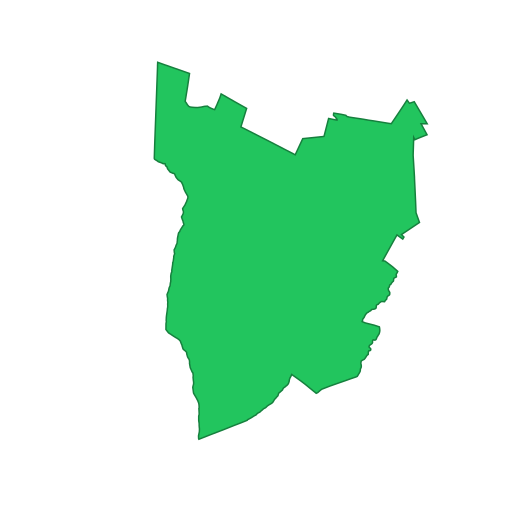 the district of Endebess, Rift Valley, Kenya, rotated 286°
{"feature_id": "3690345B22392033475621", "entity_name": "Endebess", "entity_type": "district", "adm_level": 2, "iso_a3": "KEN", "parent_name": "Kenya", "parent_adm1": "Rift Valley", "projection": "albers", "projection_center": [34.736, 1.146], "detail": "fine", "context": "isolated", "style": "filled", "palette": "green", "viewbox_px": 512, "rotation_deg": 286, "n_neighbors": 0, "source": "geoboundaries", "source_scale": "gbopen_adm2", "svg_char_len": 6003}
<svg xmlns="http://www.w3.org/2000/svg" viewBox="0 0 512 512"><g transform="rotate(286 256 256)"><path d="M413.1,141.8L414.3,121.4L414.5,118.5L414.6,116.0L415.1,108.1L411.7,108.9L410.7,109.2L403.5,111.0L335.6,127.8L321.8,131.3L321.1,131.8L320.4,134.1L320.2,135.0L319.7,136.0L319.5,139.4L319.3,140.5L319.1,141.4L319.5,142.2L319.6,143.3L318.5,143.7L317.5,144.8L317.2,145.7L316.5,146.3L315.5,146.9L313.0,150.3L312.6,153.5L312.7,154.6L312.2,155.4L311.3,156.0L309.5,157.6L307.8,160.1L307.1,162.4L306.7,163.4L306.3,164.3L305.5,164.8L304.7,165.6L303.8,166.3L302.9,166.9L302.1,167.5L301.4,167.8L300.3,168.5L297.6,170.9L297.0,171.6L296.3,172.3L295.6,173.0L295.1,173.6L294.1,174.3L292.7,174.5L291.7,174.4L290.5,174.3L289.5,174.3L288.2,174.1L287.3,173.9L286.2,173.8L285.2,173.6L281.4,172.4L280.1,173.0L279.4,173.6L278.6,174.0L277.5,174.3L276.1,174.3L273.0,173.6L270.4,175.4L269.5,176.2L268.4,176.7L267.4,177.4L266.5,178.0L265.6,178.0L264.8,177.4L263.2,177.0L261.9,176.6L260.6,176.2L259.4,176.0L258.3,175.9L257.4,175.4L256.6,175.2L251.5,175.6L250.1,175.9L248.9,176.2L248.0,176.3L247.2,176.5L246.0,176.6L244.8,176.3L243.5,176.2L242.5,176.2L241.2,176.0L239.3,175.6L236.5,176.7L235.8,177.2L234.7,177.1L233.0,177.0L232.1,177.3L228.7,177.8L227.4,177.9L226.5,177.8L225.5,178.1L224.2,178.3L218.9,179.0L217.9,179.4L217.0,179.4L216.2,179.2L213.6,179.5L212.7,179.7L211.2,180.2L210.0,180.6L208.9,180.8L207.9,181.1L206.8,181.1L205.2,181.3L204.1,181.6L203.1,181.5L201.8,181.3L200.8,181.3L199.6,181.4L198.7,181.5L197.8,181.5L196.4,181.3L194.4,181.1L192.1,182.1L191.2,182.6L190.3,182.9L189.4,183.1L188.5,183.4L187.7,183.8L186.7,184.1L185.5,184.3L184.6,184.6L183.7,184.9L182.4,185.2L181.1,185.3L180.1,185.5L179.1,185.7L174.0,186.4L172.3,186.7L171.1,187.0L169.4,187.4L167.9,188.0L166.9,188.0L165.9,188.2L160.5,189.7L158.0,193.1L157.7,194.1L157.3,195.6L156.9,196.7L155.9,199.9L155.4,201.7L155.2,202.7L154.9,203.6L154.5,204.7L154.1,205.5L153.7,206.2L153.1,206.9L152.4,207.4L150.9,208.5L150.2,209.2L149.1,209.8L146.5,211.5L145.9,212.6L145.4,213.9L145.0,214.7L144.2,215.9L142.8,216.4L140.2,218.0L138.8,219.4L138.3,220.1L137.6,220.6L136.5,221.1L135.3,221.5L134.4,221.7L130.5,223.6L126.8,226.7L126.2,227.6L125.4,227.9L124.5,228.3L123.5,228.7L122.1,228.9L118.8,230.2L117.8,230.7L116.8,231.0L115.7,231.3L114.7,231.3L112.4,231.4L107.1,233.7L106.3,234.4L103.1,237.8L102.3,238.5L101.5,239.3L100.6,240.1L99.9,240.6L98.9,241.4L97.9,241.9L97.1,242.3L96.1,242.6L94.9,243.1L93.8,243.1L90.0,244.4L89.1,244.7L88.2,245.0L87.2,245.0L86.1,245.1L85.1,245.4L82.3,246.2L81.1,246.7L79.6,247.4L78.4,247.8L77.6,248.0L75.7,248.7L74.2,249.3L72.6,249.7L71.3,250.0L67.3,250.3L64.8,251.1L64.1,251.6L71.1,260.7L79.6,272.0L80.9,273.7L86.8,281.3L89.5,284.9L91.3,287.3L95.6,292.8L96.4,293.1L97.3,294.1L98.5,295.3L99.4,296.2L101.6,298.1L102.4,298.9L103.3,299.9L104.5,300.4L105.6,301.2L106.7,302.4L107.4,303.0L108.7,303.7L109.6,304.4L110.5,304.9L111.4,305.5L112.2,306.4L112.8,307.0L113.6,307.5L114.4,307.9L115.3,308.5L116.6,309.6L117.9,310.9L118.9,311.8L120.1,312.5L121.5,312.9L122.8,313.2L123.7,313.5L124.3,314.0L125.6,314.5L126.8,315.1L127.7,315.6L129.0,315.6L130.4,315.6L131.3,316.3L132.2,316.9L133.0,317.4L133.8,317.9L134.6,318.4L135.6,318.5L136.7,318.8L138.1,320.0L139.0,320.5L139.7,321.1L140.9,321.8L142.2,322.3L143.6,322.4L144.9,322.4L146.0,322.2L147.0,322.2L148.3,322.3L149.8,322.7L152.0,323.0L151.6,324.0L150.5,327.2L148.4,333.1L146.3,338.5L144.8,342.0L144.4,342.9L143.7,344.5L143.2,345.7L142.0,348.5L141.2,350.4L140.6,351.7L141.7,353.0L145.0,355.1L146.2,356.1L151.5,363.1L155.9,369.3L160.9,376.4L164.0,380.7L166.5,384.3L167.4,385.6L168.2,386.5L169.9,387.0L170.9,387.2L171.8,387.5L172.7,387.7L173.7,387.9L174.9,387.8L176.2,387.5L177.7,387.8L179.2,387.6L180.6,387.0L181.6,386.4L182.8,386.2L184.1,386.1L185.5,387.3L186.0,388.0L186.7,388.6L187.6,389.0L188.6,389.3L189.4,389.6L190.3,389.8L191.3,390.2L192.3,391.0L193.7,390.7L195.0,390.4L196.0,390.6L196.3,391.5L197.0,392.1L197.8,392.1L198.6,391.7L199.2,390.5L199.7,389.7L200.5,389.6L201.3,389.8L202.2,390.4L203.1,391.2L203.9,391.7L204.9,391.9L206.4,391.4L207.8,391.8L207.8,393.2L208.3,394.1L209.2,394.5L210.5,394.6L211.5,394.7L212.6,395.1L213.6,395.3L214.6,395.7L215.6,395.8L217.0,395.8L218.4,395.6L219.8,395.1L221.0,394.6L221.9,394.1L222.1,388.7L221.8,379.5L222.2,376.1L223.4,376.2L224.6,376.0L225.8,376.5L227.0,376.9L228.5,377.1L229.8,377.4L230.9,377.9L232.0,378.4L233.0,379.5L234.0,380.1L234.6,380.9L235.3,381.5L236.4,381.8L237.5,384.2L238.0,385.0L238.9,385.7L239.8,385.7L241.8,385.3L242.6,385.8L243.3,386.8L244.3,387.2L245.6,388.0L246.6,388.9L247.0,389.6L247.1,390.4L247.5,392.2L248.7,392.5L249.5,392.9L250.5,393.5L251.6,393.4L252.5,393.3L253.6,393.6L254.5,394.3L255.3,395.0L256.2,395.1L257.9,394.6L259.5,392.9L260.5,392.3L261.6,392.0L262.9,392.6L264.1,392.6L265.0,392.5L265.8,393.4L267.2,393.7L268.8,394.4L269.7,395.0L270.9,394.9L272.1,394.6L273.1,395.0L273.8,395.9L274.6,396.7L275.5,396.5L276.4,395.9L277.6,395.9L278.8,396.3L280.3,396.5L283.2,390.4L285.4,384.8L286.7,381.3L286.3,379.0L310.1,384.5L315.1,385.7L312.7,392.4L315.0,393.0L316.7,389.9L333.3,403.9L341.7,397.9L351.7,394.6L373.6,387.2L375.8,386.5L396.1,379.3L413.5,374.9L411.6,376.7L413.6,379.1L418.1,384.9L419.7,387.0L428.6,378.2L430.3,384.1L436.9,377.2L447.9,365.6L445.1,361.4L447.6,358.2L441.9,356.5L434.3,354.1L426.9,351.7L420.5,349.6L420.1,347.1L419.5,342.0L418.9,337.0L418.3,331.8L417.6,326.8L417.1,321.9L416.5,317.1L415.8,312.0L415.2,307.3L415.2,304.8L416.0,303.6L415.7,299.0L414.8,291.4L413.8,291.4L412.6,291.7L412.1,292.5L411.8,293.3L411.4,294.2L410.6,295.0L409.7,296.3L408.9,296.4L408.2,287.9L389.7,288.4L388.8,286.3L388.0,284.3L381.7,268.6L364.1,265.8L366.6,253.3L370.2,235.5L375.9,205.9L395.3,206.3L398.5,192.8L402.2,177.8L399.5,177.7L397.7,177.6L392.2,176.9L391.0,176.8L385.3,175.9L385.3,174.7L385.7,171.5L386.0,169.9L386.7,168.0L385.6,165.1L384.1,162.4L382.6,158.9L382.0,156.6L381.3,153.2L381.1,151.6L381.3,150.1L382.6,148.2L383.6,147.2L385.1,145.3L399.5,143.6L413.1,141.8Z" fill="#22c55e" stroke="#15803d" stroke-width="1.5"/></g></svg>